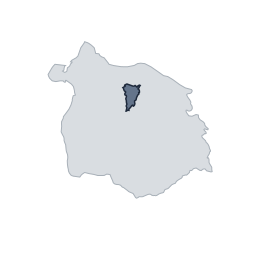 where Dâmbovita sits in Romania, rotated 203°
{"feature_id": "ROU-130", "entity_name": "Dâmbovita", "entity_type": "County", "adm_level": 1, "iso_a3": "ROU", "parent_name": "Romania", "parent_adm1": "", "projection": "albers", "projection_center": [25.479, 44.942], "detail": "fine", "context": "in_parent", "style": "filled", "palette": "slate", "viewbox_px": 256, "rotation_deg": 203, "n_neighbors": 0, "source": "natural_earth", "source_scale": "10m", "svg_char_len": 5213}
<svg xmlns="http://www.w3.org/2000/svg" viewBox="0 0 256 256"><g transform="rotate(203 128 128)"><path d="M192.2,141.9L194.4,144.8L197.2,146.3L203.5,147.7L204.0,147.5L204.1,147.2L203.6,146.8L203.5,146.2L203.8,145.5L204.7,145.4L206.1,146.0L208.7,145.0L212.6,142.5L216.2,141.8L219.5,143.1L221.3,144.6L222.5,146.1L222.2,148.0L222.1,149.2L221.4,154.2L220.9,156.0L220.1,158.1L209.9,161.1L210.5,159.9L210.1,157.8L209.6,156.3L210.5,154.8L208.2,154.4L207.2,155.2L206.5,156.6L207.3,159.7L206.3,161.4L205.9,162.4L205.9,164.7L205.3,165.7L205.2,166.8L206.8,166.4L206.2,168.4L203.2,172.3L202.2,174.6L202.8,183.5L201.6,188.9L201.6,190.5L198.2,190.7L197.2,190.6L194.0,189.9L190.4,188.6L188.3,185.9L186.9,184.0L183.9,184.9L183.3,184.7L182.5,183.8L180.2,183.2L177.4,183.3L171.1,179.8L170.4,179.2L165.5,179.9L158.1,181.8L152.5,184.1L146.7,188.0L144.4,191.0L141.7,192.6L137.7,193.8L130.8,193.3L123.5,191.8L115.7,190.1L111.5,190.9L105.8,190.1L97.3,188.1L90.9,187.3L84.5,188.2L83.5,187.4L83.3,186.4L83.6,185.0L84.5,183.9L86.1,183.1L86.9,182.2L87.0,181.4L85.3,179.9L81.9,177.8L80.5,176.6L80.2,176.3L80.1,175.2L79.4,174.3L78.1,173.6L77.1,172.4L76.4,170.8L76.6,169.2L77.7,167.8L79.1,167.2L80.7,167.5L81.4,167.1L81.2,166.1L79.6,164.7L76.8,163.0L73.7,163.8L70.6,167.0L68.3,167.4L67.1,165.1L64.8,163.7L61.3,163.1L59.3,162.2L58.5,160.8L57.1,159.8L53.8,158.6L53.8,157.6L54.4,157.4L55.6,157.3L57.1,157.2L57.4,156.6L57.5,156.1L56.3,155.4L55.0,154.9L54.4,154.4L54.0,153.9L54.0,153.4L54.3,153.0L54.8,153.0L55.4,152.7L55.7,151.5L56.4,150.6L56.9,150.3L56.9,149.5L56.5,148.8L55.8,148.2L54.8,147.8L51.7,146.6L50.2,145.1L49.3,145.0L47.8,144.1L46.2,142.7L44.9,140.9L43.4,139.6L43.1,139.1L43.0,138.7L43.4,138.2L43.4,137.7L43.1,135.9L43.4,134.1L43.5,132.3L43.5,131.6L43.2,131.3L42.9,131.6L42.5,131.9L42.2,131.9L41.1,130.6L39.9,127.9L38.9,127.0L37.1,125.7L35.6,124.6L34.6,122.4L33.5,120.7L34.4,120.0L38.9,119.3L41.0,120.4L41.9,120.1L42.9,119.4L43.4,118.8L43.5,118.2L44.0,117.4L45.6,117.1L49.6,117.8L51.2,116.7L51.9,116.1L52.3,114.8L52.8,113.7L54.3,113.2L54.3,112.2L54.1,111.0L55.1,108.6L55.6,107.6L56.5,107.3L57.5,106.6L59.2,105.1L58.9,103.6L59.3,102.6L61.2,100.2L62.6,97.8L62.7,96.6L62.9,95.5L64.2,94.4L65.5,92.9L67.3,88.3L67.9,87.5L69.0,86.6L69.9,85.8L70.1,82.6L70.9,81.8L72.3,80.8L73.8,79.3L75.0,77.4L76.0,76.5L77.1,76.3L78.4,75.6L79.9,75.4L81.2,75.8L82.1,75.6L83.5,74.8L86.9,71.3L87.4,70.7L88.2,70.2L90.9,69.1L91.6,67.9L92.6,66.8L93.8,66.9L97.7,69.7L101.9,69.7L102.7,69.8L102.9,69.8L103.4,70.1L109.0,71.5L109.9,71.4L110.1,71.3L112.4,72.4L114.4,72.3L116.3,71.6L118.3,71.3L120.1,71.8L121.5,73.4L125.0,76.7L126.1,78.0L127.7,77.8L129.6,77.2L131.4,75.0L137.1,72.5L141.4,71.9L145.6,70.9L150.5,70.1L151.9,68.0L152.6,66.6L153.2,64.0L155.8,63.3L158.2,62.7L159.1,62.4L160.9,62.2L162.3,62.4L164.5,63.7L166.1,65.3L166.7,66.5L168.0,68.3L169.5,70.8L171.1,74.1L171.4,75.8L172.0,77.6L173.2,79.8L175.5,82.3L175.8,82.7L176.8,84.4L178.8,88.2L180.4,89.7L181.9,91.4L182.6,93.1L183.6,94.6L186.0,96.5L188.0,98.3L189.7,103.6L190.9,106.0L191.6,107.9L191.4,111.7L191.9,113.3L191.1,116.3L189.7,122.3L189.5,127.1L189.8,129.6L189.9,131.3L190.4,132.3L190.8,134.4L191.0,136.3L190.4,136.9L189.6,137.4L189.3,137.8L190.1,138.6L191.2,140.1L192.2,141.9Z" fill="#d9dde1" stroke="#a8b0b8" stroke-width="1"/><path d="M148.5,163.2L148.0,163.8L147.8,164.0L147.7,164.3L147.6,164.6L147.5,164.8L147.0,165.1L147.0,165.3L147.0,165.6L147.7,165.8L147.8,166.1L147.7,166.3L147.5,166.6L146.6,167.7L146.1,168.1L139.8,168.5L139.2,168.7L138.8,168.9L138.6,169.1L138.1,169.9L137.6,169.8L136.4,169.3L136.0,169.2L135.7,169.2L135.6,169.3L135.6,169.5L135.7,169.8L135.7,170.0L135.4,170.5L135.2,170.6L134.9,171.2L134.7,171.5L134.3,171.9L133.9,172.0L133.7,172.0L133.3,171.8L133.7,171.0L133.8,170.5L133.7,170.3L133.7,170.0L133.6,169.8L133.6,169.4L133.7,169.1L134.0,168.4L134.1,168.2L134.0,167.9L133.8,167.8L133.7,167.7L133.2,167.7L132.8,167.5L132.2,166.9L132.0,166.6L131.5,165.6L131.4,165.2L131.5,165.0L132.0,164.7L131.9,164.4L131.7,164.2L131.4,163.9L131.3,163.5L131.4,163.2L131.7,162.6L131.8,162.4L131.9,162.1L132.0,159.7L132.0,159.3L131.7,157.7L131.6,157.2L131.7,156.7L131.8,156.5L132.4,155.8L132.5,155.5L132.4,155.3L132.3,154.9L132.1,154.4L131.5,153.6L131.2,153.1L131.0,152.0L131.0,151.5L131.1,151.1L131.2,150.9L131.4,150.4L131.5,150.3L131.6,150.2L131.8,150.2L131.9,150.3L132.1,150.7L132.3,150.9L132.5,150.9L132.8,150.7L133.0,150.5L133.2,150.2L133.4,149.8L133.5,149.2L133.6,148.5L133.7,148.1L133.8,147.7L133.9,147.4L134.2,146.8L134.4,146.5L134.5,146.1L134.5,145.7L134.4,145.4L134.3,145.2L134.0,144.6L135.2,144.3L135.6,143.8L135.7,143.5L135.8,143.2L136.0,143.0L136.4,142.8L136.7,144.6L136.9,145.9L137.0,146.2L137.1,146.5L137.3,146.6L137.5,146.7L137.7,146.9L137.9,147.1L138.2,147.5L138.3,147.9L138.3,148.1L138.3,148.4L138.3,148.9L138.3,149.3L138.6,149.9L138.8,150.1L139.0,150.3L139.3,150.7L140.4,152.8L141.2,153.7L141.4,154.0L141.5,154.4L141.6,155.6L141.7,156.3L141.9,156.7L142.1,157.0L142.3,157.1L142.5,157.3L143.0,157.3L143.4,157.2L143.5,157.2L143.7,157.3L143.9,157.5L144.2,158.0L144.3,158.3L144.3,158.8L144.2,159.2L144.2,159.6L144.2,160.1L144.4,160.4L144.6,160.5L145.6,160.7L145.9,160.8L146.2,161.0L147.7,162.7L147.9,162.9L148.3,163.1L148.5,163.2Z" fill="#64748b" stroke="#1e293b" stroke-width="1.5"/></g></svg>